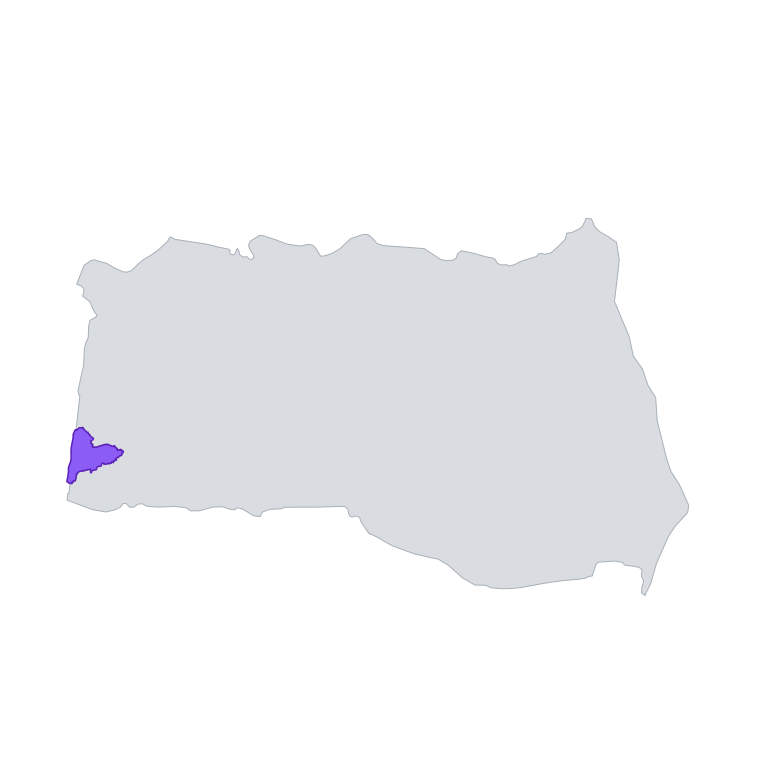 location of Sissala West, Upper West, Ghana, rotated 277°
{"feature_id": "2480657B76140913943028", "entity_name": "Sissala West", "entity_type": "district", "adm_level": 2, "iso_a3": "GHA", "parent_name": "Ghana", "parent_adm1": "Upper West", "projection": "natural_earth1", "projection_center": [-2.221, 10.758], "detail": "fine", "context": "in_parent", "style": "filled", "palette": "violet", "viewbox_px": 768, "rotation_deg": 277, "n_neighbors": 0, "source": "geoboundaries", "source_scale": "gbopen_adm2", "svg_char_len": 7644}
<svg xmlns="http://www.w3.org/2000/svg" viewBox="0 0 768 768"><g transform="rotate(277 384 384)"><path d="M465.2,71.9L470.7,77.8L471.9,81.2L469.9,94.1L466.0,103.1L463.5,111.5L463.8,115.7L466.2,119.9L474.5,126.6L478.8,130.8L483.8,137.4L489.6,143.7L499.5,152.0L503.6,153.5L503.5,155.8L502.1,159.0L501.2,189.9L500.5,197.8L499.8,201.9L498.9,213.4L497.9,215.0L496.0,214.9L494.3,215.4L493.9,217.7L494.6,220.0L500.5,221.7L499.2,223.4L494.8,225.0L492.8,228.5L493.7,232.4L491.2,235.6L491.9,237.8L493.5,239.3L496.0,238.7L503.0,233.4L505.9,232.8L509.5,233.9L516.2,242.1L516.5,246.0L513.8,259.6L511.1,270.1L510.7,284.1L513.5,292.0L513.1,296.3L510.1,300.0L503.2,305.4L503.8,309.1L506.9,315.9L512.7,323.6L524.1,333.1L530.1,345.5L530.2,350.5L526.7,355.5L522.7,359.8L521.3,366.2L523.3,407.5L514.3,425.5L514.2,430.6L515.1,436.6L517.5,440.2L522.1,441.1L525.8,444.6L524.6,457.2L522.6,470.1L522.3,476.3L521.2,479.3L517.6,481.7L516.4,485.7L517.3,490.7L516.6,494.4L518.5,499.2L522.6,505.2L529.2,520.0L531.7,521.2L532.9,524.3L532.2,527.3L534.7,533.9L542.0,540.4L549.7,546.2L555.9,547.0L557.4,552.1L561.5,558.6L564.4,561.5L569.1,563.3L573.0,564.3L573.2,569.8L566.3,573.6L561.5,579.3L557.9,588.0L553.0,597.5L535.8,602.4L529.2,602.5L494.0,602.7L461.1,621.5L442.1,628.1L430.4,638.7L414.7,646.2L403.7,655.3L381.0,659.6L343.6,673.9L331.9,679.6L320.1,689.5L300.8,701.2L293.3,701.1L278.2,690.2L266.9,684.7L239.2,676.3L218.5,673.1L208.6,669.5L205.8,668.9L208.1,665.0L213.9,664.8L220.0,665.9L224.5,663.0L231.3,662.6L233.1,659.4L233.6,651.6L233.5,645.2L235.9,642.4L236.5,634.9L233.2,618.3L230.8,616.4L218.8,614.0L217.9,610.7L215.7,607.3L213.4,598.7L210.8,586.0L206.6,570.2L198.5,544.2L196.5,535.0L195.1,525.6L194.8,514.5L196.5,510.3L196.2,504.5L195.5,498.8L201.2,485.5L212.4,469.3L214.8,463.4L216.8,459.4L217.1,453.6L219.1,434.6L224.5,411.8L227.9,403.2L230.2,398.5L232.9,390.9L233.6,387.4L243.9,378.4L248.6,376.0L249.7,372.5L248.1,368.6L248.8,366.0L251.3,364.7L255.1,363.6L257.8,359.9L253.5,331.8L250.0,303.7L249.8,301.3L247.7,297.4L245.6,285.8L242.2,279.1L237.3,277.1L237.3,270.7L242.2,259.9L243.5,253.5L241.1,251.6L240.8,246.7L242.5,238.8L241.7,233.8L240.8,228.6L235.7,216.3L234.5,207.6L237.1,202.5L237.0,191.4L234.2,174.2L233.8,163.4L235.7,158.8L234.8,154.5L231.1,150.4L230.8,146.5L234.0,142.6L233.6,139.6L229.7,137.4L226.2,132.1L223.1,123.7L223.7,110.3L229.6,85.6L230.3,83.5L236.9,83.6L237.0,84.7L257.6,84.4L281.2,84.2L309.4,83.8L335.0,83.6L336.1,82.4L340.3,81.1L366.2,83.6L382.4,82.3L389.2,83.2L394.3,84.8L405.4,83.8L411.4,84.4L415.9,90.6L417.7,90.5L420.2,87.9L424.7,84.9L429.2,82.6L432.5,77.7L434.5,74.1L437.4,74.8L441.6,74.6L444.5,71.5L445.6,66.8L465.2,71.9Z" fill="#d9dde1" stroke="#a8b0b8" stroke-width="1"/><path d="M273.5,125.0L273.8,125.0L273.8,124.8L274.0,124.9L274.0,125.0L274.2,125.3L274.4,125.2L274.5,125.1L274.7,125.3L274.9,125.4L274.7,125.6L274.8,125.8L275.1,125.9L275.4,125.9L275.5,126.1L275.3,126.2L275.5,126.5L275.5,126.8L275.5,127.2L275.7,127.5L275.8,127.4L275.9,127.5L276.2,127.6L276.4,127.3L277.0,127.1L277.2,126.9L277.5,127.2L278.0,127.4L278.1,127.7L278.2,127.9L278.5,129.0L278.6,128.9L278.6,129.1L279.0,129.3L279.5,129.7L279.6,129.8L279.9,129.9L280.2,130.2L280.4,130.6L280.5,130.5L280.7,130.8L280.6,131.1L280.6,131.3L280.8,131.5L281.0,131.6L281.5,131.9L281.6,132.1L281.5,132.3L281.9,132.4L282.2,132.4L282.3,132.3L282.6,132.3L283.0,132.5L283.2,132.4L283.4,132.5L283.6,133.0L283.8,133.3L284.6,133.5L284.7,133.3L284.9,133.3L285.5,133.7L285.4,133.6L285.6,133.4L285.8,132.9L285.6,132.9L285.7,132.6L285.4,132.6L285.4,132.3L285.5,132.3L285.7,131.9L285.8,131.9L285.9,131.6L286.1,131.8L286.2,131.7L286.3,131.5L286.9,131.1L287.0,130.9L286.9,130.8L287.0,130.7L286.6,130.3L286.6,130.1L286.4,130.0L286.3,129.6L286.4,129.4L286.2,129.3L286.2,129.0L286.3,128.8L286.0,128.5L286.0,128.2L285.7,127.9L285.7,127.7L285.9,127.5L286.1,127.7L286.2,127.3L286.4,127.4L286.5,127.4L286.5,127.5L287.4,127.1L287.6,126.8L287.8,126.5L287.8,126.4L287.7,126.5L287.6,126.3L287.6,126.1L287.8,126.0L288.0,125.8L288.1,125.6L288.4,125.5L288.5,125.2L288.7,124.9L288.7,124.7L288.8,124.4L289.0,124.5L289.2,124.4L289.4,124.4L289.3,124.2L289.6,124.2L289.8,123.9L289.8,123.6L289.7,123.6L289.5,123.4L289.2,123.2L289.0,122.9L289.1,122.7L289.0,122.1L289.0,121.9L289.2,121.7L289.3,121.1L289.5,121.0L289.3,120.2L289.6,119.6L289.9,119.3L289.9,118.8L290.0,118.7L290.3,117.9L290.4,117.7L290.6,116.9L290.5,116.7L290.1,116.3L290.2,116.0L290.2,115.6L289.9,115.2L290.0,114.4L289.8,113.6L289.6,113.3L289.4,113.4L289.1,112.7L288.9,112.6L288.8,111.8L288.6,111.8L288.6,111.5L288.4,111.1L288.3,110.8L288.4,110.6L288.2,110.4L288.1,109.9L287.8,109.7L287.6,108.8L287.4,108.6L287.3,108.4L287.2,108.4L287.2,108.1L286.9,108.0L286.8,107.5L286.6,107.2L286.6,106.9L286.6,106.7L286.4,106.5L286.4,106.4L286.3,106.1L286.2,106.0L286.0,105.6L286.2,105.4L286.2,105.1L286.2,104.7L286.1,104.4L286.0,104.5L285.9,104.3L286.0,104.2L285.9,104.0L286.1,103.8L286.1,103.7L285.9,103.7L285.7,103.2L286.3,102.7L286.4,102.3L286.5,102.3L286.4,102.2L286.7,102.1L286.9,102.1L287.0,102.0L287.5,102.4L287.8,102.4L287.9,102.2L288.1,102.2L288.5,101.9L288.6,102.0L288.8,101.6L289.1,101.5L289.1,101.3L289.3,100.6L289.4,100.3L289.8,100.1L290.7,100.5L290.9,100.3L291.1,100.4L291.4,100.4L291.6,100.0L292.1,100.1L292.2,100.5L292.9,101.4L293.2,102.0L293.7,102.0L294.5,102.3L294.8,101.8L295.2,101.3L295.9,99.9L297.1,98.2L297.4,98.3L297.8,98.2L298.1,97.9L298.3,97.5L298.3,97.2L298.2,97.0L299.2,96.3L300.0,96.1L299.9,95.4L300.2,94.8L301.4,93.1L301.8,92.6L301.9,92.2L302.6,91.8L302.7,91.4L303.1,91.3L303.7,90.7L304.1,90.6L304.2,90.3L303.7,90.1L303.7,89.8L303.6,89.6L303.7,89.2L303.7,88.9L303.7,88.7L303.6,88.4L303.7,88.2L303.6,87.8L303.5,87.3L303.4,87.1L303.1,86.4L302.2,85.9L302.0,85.6L301.8,85.3L301.5,85.1L301.3,84.8L301.2,84.8L301.1,84.6L300.9,84.4L301.0,84.2L300.8,84.1L300.7,84.0L300.8,83.8L300.6,83.8L300.6,83.5L300.4,83.3L300.4,82.9L296.0,81.6L293.9,81.9L290.9,81.9L286.3,81.5L282.2,81.3L277.7,81.7L275.4,82.2L272.3,82.5L270.3,82.5L268.8,82.4L266.0,81.7L262.4,81.0L258.6,81.5L253.7,81.5L251.3,81.2L248.3,81.2L248.2,81.3L248.3,81.8L248.2,82.2L247.9,82.7L247.3,83.1L247.0,83.9L247.2,84.8L247.0,85.5L247.1,86.4L247.2,86.5L248.7,86.4L249.0,86.5L249.0,87.5L249.4,87.4L249.8,87.6L250.2,88.3L250.1,88.7L250.1,89.1L250.6,89.5L251.6,89.4L252.0,89.7L252.5,89.9L253.6,89.8L254.2,89.6L255.1,89.6L255.5,89.7L255.6,90.0L255.8,90.0L256.5,89.7L256.7,89.8L256.8,89.7L257.2,89.7L257.5,90.5L257.8,90.8L258.6,90.9L258.9,91.0L260.1,92.7L260.6,93.3L260.7,93.9L260.5,94.2L260.5,94.4L261.0,95.3L260.9,96.1L261.0,96.4L261.0,96.6L261.4,96.8L261.8,96.8L261.8,97.8L262.2,99.0L262.2,99.5L262.4,99.8L262.5,99.8L263.0,100.2L262.9,100.5L263.0,101.2L263.2,101.9L263.5,102.4L263.5,102.7L263.5,102.8L263.6,103.0L262.9,103.1L262.3,103.1L261.5,103.6L261.2,103.7L260.7,103.4L260.2,103.9L260.2,104.3L260.5,104.5L260.9,104.4L261.2,104.2L261.8,104.5L262.6,105.4L263.1,106.5L263.3,107.3L263.9,108.7L264.0,109.0L264.3,109.0L264.7,109.1L266.6,109.3L266.8,109.5L267.0,110.1L267.6,111.2L267.7,112.4L267.9,113.0L269.4,113.5L269.5,113.4L270.3,113.4L271.0,113.9L271.2,114.2L271.2,114.3L271.1,114.5L271.2,114.8L271.1,115.1L270.9,115.3L270.9,115.9L270.5,116.0L270.8,116.2L270.6,116.5L270.7,116.9L270.7,117.0L270.6,117.4L270.4,117.4L270.4,117.6L270.5,117.8L270.5,118.0L271.1,118.9L271.2,119.2L271.1,119.3L271.1,119.5L271.3,119.7L271.5,119.9L271.4,120.2L271.6,120.2L271.5,120.5L271.4,120.6L271.4,120.8L271.5,121.0L271.4,121.2L271.6,121.3L271.7,121.1L271.8,121.1L272.0,121.7L272.5,122.2L272.4,122.3L272.5,122.5L272.4,122.6L272.6,122.7L272.6,122.9L272.4,123.2L272.7,123.4L273.2,123.4L273.7,123.7L273.8,124.2L273.5,124.4L273.6,124.9L273.5,125.0Z" fill="#8b5cf6" stroke="#5b21b6" stroke-width="1.5"/></g></svg>